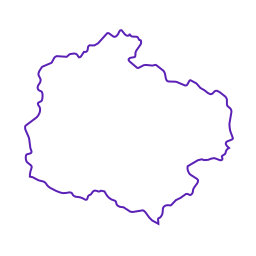 map outline of Vysočina (Albers equal-area conic projection), rotated 175°
{"feature_id": "CZE-1594", "entity_name": "Vysočina", "entity_type": "Region", "adm_level": 1, "iso_a3": "CZE", "parent_name": "Czechia", "parent_adm1": "", "projection": "albers", "projection_center": [15.646, 49.41], "detail": "fine", "context": "isolated", "style": "outline", "palette": "violet", "viewbox_px": 256, "rotation_deg": 175, "n_neighbors": 0, "source": "natural_earth", "source_scale": "10m", "svg_char_len": 4100}
<svg xmlns="http://www.w3.org/2000/svg" viewBox="0 0 256 256"><g transform="rotate(175 128 128)"><path d="M230.0,88.1L229.7,90.4L229.1,92.9L227.4,97.1L227.4,98.2L227.8,99.1L231.6,102.8L232.1,103.9L232.4,105.1L232.5,106.4L232.4,107.7L232.2,108.9L231.8,109.8L231.3,110.5L227.2,111.3L226.6,111.8L226.2,112.5L226.2,113.4L227.0,116.3L227.4,125.9L227.7,127.4L230.4,135.5L230.5,136.9L230.4,138.2L229.9,139.2L217.9,146.7L216.2,148.5L214.8,150.8L214.3,152.2L214.0,153.6L213.9,154.9L214.1,155.9L214.3,156.7L215.3,158.5L215.5,159.1L215.6,159.9L215.5,160.6L215.0,161.1L212.1,162.3L211.5,162.9L211.0,163.9L210.4,166.5L210.2,169.2L210.4,170.4L210.7,171.4L211.3,172.1L213.0,173.0L213.7,173.6L214.2,174.4L214.5,175.3L214.5,176.3L214.2,177.4L213.6,178.5L211.7,180.9L211.2,182.0L210.9,183.0L210.9,184.0L211.1,184.9L212.2,187.6L212.5,188.6L212.5,189.5L212.3,190.5L211.3,192.6L208.3,196.4L198.6,199.6L198.1,200.1L195.3,204.4L194.1,205.3L192.7,205.8L183.1,204.3L182.5,204.5L180.1,206.3L179.2,206.7L175.1,206.9L173.4,206.4L172.7,205.8L172.0,205.0L171.4,203.7L170.7,202.7L169.8,202.7L168.8,203.2L165.2,207.7L164.6,207.5L163.3,207.5L162.6,207.8L161.9,208.4L161.4,209.4L160.7,212.3L160.0,213.2L159.1,213.7L154.3,213.2L150.4,215.0L140.5,224.2L139.6,224.3L138.8,224.0L134.6,220.4L133.7,220.0L132.7,220.1L131.8,220.4L130.4,221.6L129.4,222.8L129.0,223.7L127.9,225.3L127.2,225.9L126.4,226.1L125.6,225.6L122.9,221.5L121.9,220.6L120.9,220.1L120.0,219.9L119.2,220.1L118.5,220.7L118.1,221.7L118.0,220.9L117.3,219.8L116.7,219.2L116.0,218.8L114.4,218.5L112.2,218.3L111.3,218.1L110.4,217.5L109.9,216.5L109.3,215.1L108.9,214.6L108.4,214.4L108.0,214.4L107.7,214.3L107.5,213.8L107.4,212.9L107.7,211.2L108.0,210.4L108.6,209.6L113.1,204.2L113.8,202.8L114.1,201.8L114.2,200.3L114.4,199.4L114.7,198.5L115.1,198.2L115.8,198.0L118.8,197.8L119.8,197.6L120.5,197.2L121.1,196.8L121.4,196.3L121.4,195.7L121.2,195.0L120.3,193.8L113.8,187.3L113.2,187.0L112.8,186.9L112.2,187.0L106.8,189.2L104.9,189.3L98.4,188.1L97.7,188.1L95.4,188.5L94.8,188.4L94.3,188.1L87.7,181.9L87.1,180.9L86.6,179.5L86.3,177.6L86.0,174.2L85.5,172.4L84.7,171.3L83.5,170.8L76.8,170.0L75.3,169.6L74.7,169.2L67.5,165.4L66.6,165.3L65.9,165.5L65.2,166.0L62.7,169.7L62.1,170.1L61.5,170.1L56.0,166.5L52.4,161.6L48.5,158.9L45.4,155.9L43.2,154.6L42.1,154.5L40.9,154.9L38.5,157.0L37.2,157.4L36.0,157.3L33.4,155.6L28.3,150.8L27.6,149.7L27.2,148.6L27.0,147.5L27.4,143.2L27.3,142.2L27.1,141.4L26.7,140.9L24.4,138.6L23.9,137.6L23.5,136.3L23.6,134.8L26.6,123.4L26.7,119.5L26.4,116.1L24.4,108.7L24.8,107.9L25.6,107.4L30.4,106.0L31.4,105.3L31.9,104.3L31.9,103.3L31.5,102.4L31.0,101.4L29.1,99.3L30.2,98.8L31.8,97.4L32.4,96.4L32.8,95.4L33.0,94.7L33.4,93.9L33.8,93.5L36.5,92.1L36.9,91.7L37.0,91.1L36.7,89.9L36.6,89.4L36.7,88.8L36.9,88.3L37.3,88.0L38.0,87.8L39.1,87.9L44.4,90.4L45.9,90.4L47.8,90.2L51.1,89.3L55.0,89.4L57.3,90.4L61.2,89.8L71.9,84.7L72.3,82.1L71.9,79.8L71.2,78.0L70.6,76.8L69.8,76.0L63.7,71.3L63.0,70.4L62.8,69.5L63.2,68.0L63.9,66.8L67.0,63.3L68.2,61.6L68.5,60.8L68.7,60.0L68.9,59.0L69.2,58.2L69.6,57.4L70.2,56.7L70.8,56.2L71.0,56.1L71.9,55.8L72.3,55.9L72.6,56.0L73.1,56.4L74.3,57.1L75.1,57.2L75.7,57.2L76.2,57.1L81.8,53.8L86.5,52.0L91.4,47.7L92.2,47.2L92.7,47.2L93.5,47.4L95.7,47.7L97.5,47.4L98.7,46.8L99.5,46.1L100.0,45.3L100.3,44.4L100.8,41.1L101.1,40.2L101.3,39.3L101.6,38.8L102.0,38.1L102.5,37.4L103.5,36.3L103.9,36.0L105.4,35.5L105.9,34.9L106.1,33.9L106.0,31.6L106.1,29.9L112.0,33.8L114.6,36.9L118.1,42.7L119.6,44.3L120.4,44.7L130.7,43.9L133.1,44.5L139.3,49.4L143.0,50.2L144.9,51.4L145.6,52.2L146.1,53.2L146.4,55.3L146.7,56.1L147.2,56.6L150.8,58.3L153.0,60.1L154.9,62.6L157.0,66.9L160.5,67.9L161.5,67.4L162.7,67.2L164.5,68.0L166.0,68.5L167.3,68.4L168.6,67.6L170.7,65.2L171.4,64.8L172.9,64.3L173.5,63.8L174.0,62.9L174.6,61.2L175.0,60.7L175.5,60.2L176.3,60.2L177.3,60.6L179.2,61.9L181.0,62.8L183.1,63.5L186.2,64.1L187.7,65.0L188.7,66.0L189.1,67.0L189.6,68.0L190.6,68.7L192.1,69.0L195.0,68.7L198.5,68.8L201.3,69.7L205.3,71.7L210.5,75.0L212.3,76.5L213.5,78.0L214.4,79.6L215.4,81.0L216.8,82.0L221.7,83.7L227.3,87.3L230.0,88.1Z" fill="none" stroke="#5b21b6" stroke-width="2"/></g></svg>